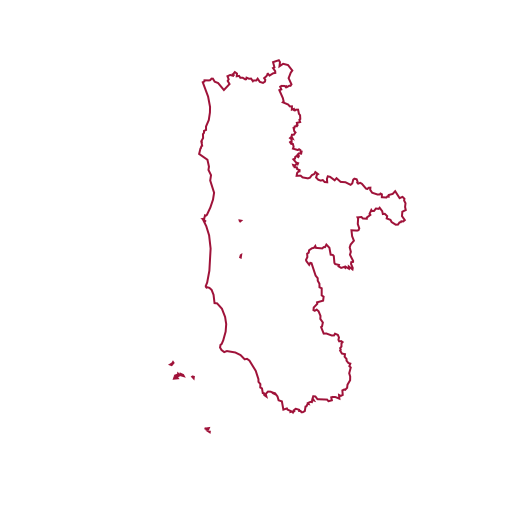 the district of Lazio, Roma, Italy, rotated 44°
{"feature_id": "23120603B86473916475875", "entity_name": "Lazio", "entity_type": "district", "adm_level": 2, "iso_a3": "ITA", "parent_name": "Italy", "parent_adm1": "Roma", "projection": "natural_earth1", "projection_center": [12.727, 41.812], "detail": "fine", "context": "isolated", "style": "outline", "palette": "rose", "viewbox_px": 512, "rotation_deg": 44, "n_neighbors": 0, "source": "geoboundaries", "source_scale": "gbopen_adm2", "svg_char_len": 6162}
<svg xmlns="http://www.w3.org/2000/svg" viewBox="0 0 512 512"><g transform="rotate(44 256 256)"><path d="M97.6,166.3L97.0,168.0L110.8,174.6L119.4,180.7L123.2,184.8L127.6,191.0L130.1,197.6L132.5,200.0L131.7,202.1L133.0,203.5L133.2,205.2L136.0,207.9L136.8,210.8L138.7,212.4L136.4,211.1L140.7,214.1L140.5,215.1L141.7,217.2L141.1,216.8L144.2,222.1L154.2,220.5L160.1,224.4L162.0,227.1L167.5,229.1L170.6,233.5L181.9,239.6L185.9,245.3L189.5,252.9L192.1,260.5L191.9,261.9L191.1,262.2L192.8,265.1L191.9,266.4L196.1,266.0L193.4,266.9L199.5,269.1L207.9,273.7L218.2,282.2L232.7,299.0L239.3,309.0L240.7,312.5L241.3,313.0L243.2,313.2L242.2,312.6L244.6,311.3L247.6,311.2L252.4,313.4L258.9,318.7L260.9,317.1L268.1,317.6L276.1,321.3L281.9,325.7L286.7,331.5L291.0,339.4L292.4,343.1L292.2,344.6L293.7,346.8L296.5,347.6L299.9,347.2L301.1,344.6L308.1,339.8L313.7,338.0L320.3,338.2L319.8,338.0L319.9,337.8L321.0,336.2L323.9,335.8L335.6,338.8L343.3,342.9L345.2,344.8L348.1,345.1L350.4,347.6L352.3,347.1L356.1,349.9L357.0,349.2L358.6,350.3L361.1,349.9L358.8,348.5L358.8,345.2L360.7,343.5L362.9,342.6L363.3,343.0L364.2,342.7L363.2,342.5L365.0,341.5L369.0,342.1L372.5,344.1L375.6,342.6L382.4,347.5L384.1,344.2L385.4,344.6L388.7,343.4L389.2,344.2L390.1,342.8L391.3,342.9L390.9,341.3L392.1,341.2L390.4,340.7L390.7,338.3L393.8,336.7L394.7,337.5L395.6,336.5L397.3,336.8L398.2,335.8L398.8,333.6L396.2,329.9L396.7,329.0L395.8,326.5L396.6,326.0L395.5,325.7L396.5,323.1L397.7,322.3L396.4,320.5L398.0,319.7L395.6,319.1L394.6,317.1L396.3,315.8L399.7,316.3L406.9,309.9L409.0,310.1L410.8,307.1L408.3,305.4L409.0,304.2L411.1,302.3L415.1,300.7L412.3,298.3L414.2,297.7L414.9,295.7L411.5,292.7L412.2,290.7L413.1,290.4L413.1,287.5L411.2,285.0L410.0,280.0L407.5,277.3L404.5,275.6L401.6,270.4L399.7,270.4L398.6,267.9L396.8,268.8L393.8,268.4L392.7,267.2L389.7,266.9L388.2,264.8L385.6,266.5L382.2,265.6L382.1,264.6L380.5,263.8L380.4,261.8L378.2,259.5L378.1,257.8L376.5,258.0L375.1,259.6L373.5,259.0L372.3,257.0L369.7,255.9L366.8,257.0L367.3,258.9L365.8,260.5L360.4,262.9L358.6,264.8L352.2,261.9L352.4,260.8L350.3,257.4L346.0,256.6L344.0,254.3L339.4,252.3L336.9,252.4L336.3,254.6L334.9,255.0L333.3,252.9L333.3,247.8L332.1,246.9L335.3,241.5L332.9,238.3L330.6,238.7L325.7,233.6L323.4,234.4L320.9,231.9L317.6,230.9L315.8,229.1L312.5,228.7L300.9,222.6L299.8,223.2L300.4,225.4L295.9,224.7L294.7,224.1L293.7,221.1L291.2,218.8L291.6,217.0L290.2,215.0L290.9,211.5L292.0,209.9L291.7,207.6L293.5,208.5L298.4,204.5L298.5,202.6L299.5,201.7L298.7,198.9L303.1,199.1L308.8,203.2L310.5,201.9L312.0,202.0L317.2,206.5L318.6,206.8L321.9,204.8L322.5,206.1L325.5,205.4L327.0,202.7L328.4,202.5L327.8,201.5L331.6,200.6L330.1,199.1L334.7,198.6L333.9,197.4L329.9,195.7L328.8,194.3L329.9,192.8L329.3,192.1L322.7,189.8L321.3,187.1L317.4,184.7L316.1,182.0L315.8,177.0L311.4,175.0L306.8,171.2L311.2,167.4L311.8,166.2L311.1,164.4L307.0,162.3L303.5,158.2L302.2,157.7L304.8,154.7L306.8,154.8L309.8,152.2L309.0,151.3L309.7,147.0L308.4,146.8L307.0,142.8L308.2,143.1L309.6,141.6L309.3,138.5L311.5,136.9L311.4,135.4L315.7,136.1L318.1,137.7L319.3,136.2L322.7,136.2L323.9,138.2L327.6,136.6L330.0,137.4L334.8,136.4L336.3,134.8L335.9,132.1L336.7,131.1L336.4,130.1L337.9,128.9L338.1,126.8L333.3,125.9L330.5,122.5L331.8,118.9L329.2,117.2L326.9,114.2L324.0,113.2L323.0,111.7L320.3,111.7L319.1,114.6L311.1,112.7L311.2,116.4L309.1,119.9L310.2,121.2L309.1,121.8L309.2,123.3L305.7,126.3L303.7,124.2L302.2,124.6L302.3,125.7L300.8,127.3L295.6,129.8L292.2,129.1L290.8,127.4L289.6,128.7L289.6,130.4L288.4,131.1L282.0,130.5L280.1,131.0L279.2,133.0L277.8,132.9L277.5,132.0L275.1,130.9L273.1,132.0L272.9,133.5L274.8,136.9L274.6,139.1L269.1,140.8L265.4,143.9L259.9,144.1L260.0,146.9L254.3,147.6L252.3,148.8L253.4,151.2L256.0,153.5L254.0,155.1L251.3,155.0L250.2,156.8L247.8,157.9L244.7,157.8L243.4,155.3L243.7,154.0L240.4,154.4L241.0,156.4L240.0,159.0L240.4,162.2L239.4,164.1L234.9,167.1L232.3,167.2L229.5,170.1L227.9,167.7L227.9,165.4L228.5,164.9L227.7,163.9L225.2,164.9L223.9,163.9L222.1,165.3L221.6,164.6L220.3,165.1L219.5,164.7L221.1,163.9L221.2,161.8L222.3,161.3L221.8,160.0L220.1,160.9L215.7,160.5L216.4,158.8L215.4,157.5L215.7,155.9L217.7,155.5L217.4,154.3L215.5,154.0L215.6,152.3L217.4,151.0L216.3,149.3L215.7,149.9L214.4,149.0L212.8,149.3L212.5,150.7L208.0,153.1L207.2,151.3L204.8,149.8L203.4,150.9L200.5,150.3L202.0,150.3L202.6,149.4L200.5,147.3L198.6,147.5L198.7,146.5L200.5,146.0L198.5,145.3L197.6,143.8L199.0,142.5L198.6,139.7L197.0,139.7L194.1,137.8L194.6,137.1L193.8,136.0L194.7,134.7L194.4,133.9L195.2,134.0L195.1,133.1L192.9,131.8L194.7,129.0L192.6,127.9L192.7,126.7L189.9,124.1L188.1,123.9L184.6,121.5L183.1,123.0L182.9,124.3L182.1,124.7L181.1,123.9L180.1,125.8L177.9,123.4L176.4,124.9L173.9,124.7L168.5,126.8L168.5,125.6L165.7,123.8L157.6,120.5L158.5,118.6L155.8,117.4L156.2,115.9L158.6,113.7L160.3,113.8L160.1,112.8L161.0,112.7L161.7,110.3L162.6,109.6L162.3,107.9L155.9,105.4L153.6,99.9L153.3,97.4L146.4,96.4L142.0,98.9L141.1,103.2L138.6,99.9L136.4,99.3L133.6,104.7L138.2,107.5L137.7,109.0L141.4,109.7L142.7,110.9L141.4,112.7L140.4,116.8L137.2,116.5L138.1,117.1L138.6,119.6L138.3,122.4L140.3,122.8L141.3,124.3L140.8,126.6L137.8,128.1L134.0,127.3L134.3,129.5L132.2,131.6L132.3,132.4L129.2,131.8L127.9,133.3L125.3,134.3L126.1,135.7L125.6,136.4L122.6,137.0L120.9,138.7L118.7,138.2L117.3,140.1L115.6,138.0L113.0,138.4L113.2,140.7L113.9,141.1L113.2,141.6L114.1,142.4L111.7,143.7L110.6,146.5L113.6,147.9L114.0,149.7L117.5,150.7L117.6,158.9L108.6,157.9L105.2,159.3L101.8,158.4L100.8,159.3L100.9,161.4L100.2,162.4L96.9,165.4L97.6,166.3ZM220.6,242.1L219.8,242.0L219.5,241.8L220.7,241.0L220.6,242.1ZM245.5,267.9L244.5,266.0L244.6,265.6L246.1,267.7L245.5,267.9ZM286.2,392.2L283.7,393.1L284.3,393.7L283.3,394.6L281.7,394.7L282.2,395.3L280.9,398.1L282.4,398.5L281.5,399.7L282.2,401.2L284.6,398.4L283.0,398.2L284.1,394.4L287.5,392.6L286.2,392.2ZM341.6,412.6L339.8,414.9L338.7,415.6L341.4,414.7L342.1,413.9L341.6,412.6ZM270.0,390.0L270.3,391.3L269.7,393.7L271.1,393.1L270.9,390.2L270.0,390.0ZM295.2,386.1L294.1,386.7L294.0,387.2L296.1,387.3L295.2,386.1ZM344.8,414.5L344.1,415.1L345.1,414.9L344.8,414.5Z" fill="none" stroke="#9f1239" stroke-width="2"/></g></svg>